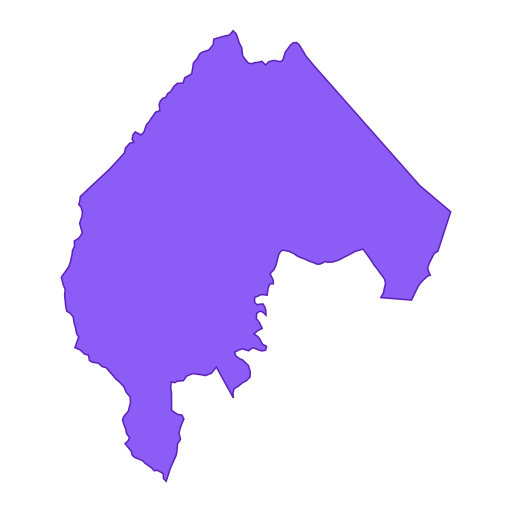 Paranaguá, Paraná, Brazil (Equal Earth projection)
{"feature_id": "56859067B59614170446294", "entity_name": "Paranaguá", "entity_type": "district", "adm_level": 2, "iso_a3": "BRA", "parent_name": "Brazil", "parent_adm1": "Paraná", "projection": "equal_earth", "projection_center": [-48.534, -25.55], "detail": "fine", "context": "isolated", "style": "filled", "palette": "violet", "viewbox_px": 512, "rotation_deg": 0, "n_neighbors": 0, "source": "geoboundaries", "source_scale": "gbopen_adm2", "svg_char_len": 3156}
<svg xmlns="http://www.w3.org/2000/svg" viewBox="0 0 512 512"><path d="M80.3,196.5L79.7,201.3L78.7,204.6L81.0,207.0L82.4,212.2L81.9,216.4L79.6,223.3L82.3,232.8L79.2,237.8L74.3,241.0L74.5,246.2L72.5,250.4L72.1,254.4L71.3,257.8L70.5,261.5L68.8,266.5L66.9,269.5L62.9,274.9L61.3,277.6L62.4,281.4L63.4,285.4L65.2,289.2L64.6,295.2L65.2,301.1L65.8,306.8L66.8,311.2L70.5,313.5L73.2,317.0L74.0,322.3L75.5,327.9L76.6,333.7L78.7,336.9L74.9,347.7L80.3,350.0L84.4,354.0L88.5,355.3L89.4,360.5L92.6,362.3L98.2,363.1L102.2,366.6L106.1,367.6L116.1,379.2L119.5,382.1L124.0,386.9L126.2,392.3L130.1,396.8L130.5,402.5L128.2,411.3L124.2,415.9L122.5,419.6L123.8,424.3L125.5,428.4L126.7,433.9L129.5,437.5L128.2,440.6L125.0,443.6L131.2,451.1L132.2,455.2L134.8,457.5L138.5,458.9L142.5,460.6L145.1,463.3L148.0,465.4L151.1,467.5L154.3,470.8L157.2,470.3L160.6,472.1L163.3,473.8L163.4,478.5L166.2,481.3L170.5,467.9L176.0,455.7L176.9,451.9L177.6,443.8L180.5,439.5L179.0,432.9L180.2,428.4L181.9,423.5L183.9,419.0L182.0,415.1L177.7,414.4L171.6,410.4L171.5,393.0L170.7,387.3L171.3,381.9L174.7,382.7L177.2,381.2L183.3,380.7L186.8,376.0L192.7,373.6L201.8,374.8L205.3,375.6L211.3,373.3L214.0,370.1L216.3,367.0L233.4,398.0L233.0,393.1L234.0,388.8L238.1,386.4L242.6,382.7L246.4,380.7L250.0,377.1L250.3,371.8L248.4,365.5L242.5,359.8L239.8,358.8L236.0,356.1L234.5,352.3L238.3,350.3L242.3,348.8L248.5,350.8L252.8,347.7L258.7,350.0L261.9,350.9L265.6,350.3L266.6,346.4L262.2,343.9L259.9,339.1L257.7,336.4L253.9,334.0L257.1,331.1L262.2,328.4L259.4,322.5L256.3,318.5L256.7,313.3L259.9,311.2L262.8,312.1L266.0,315.2L265.8,310.3L264.8,307.0L263.0,303.9L259.7,304.2L257.0,304.7L254.7,302.5L254.6,297.5L258.6,295.8L261.2,294.6L264.1,294.8L267.1,295.2L268.1,288.2L269.9,283.9L273.4,283.8L273.1,280.0L270.1,273.7L274.1,269.5L276.1,265.0L278.8,254.3L280.8,251.1L283.4,250.2L289.1,251.4L294.1,253.7L297.2,256.0L300.4,257.5L305.4,259.3L309.0,261.1L313.7,262.7L316.3,264.0L319.6,264.2L322.4,263.1L324.8,261.5L327.4,262.2L332.4,262.1L335.6,261.1L339.4,259.8L344.5,257.0L348.2,255.2L355.1,251.4L362.9,249.1L365.4,252.2L370.7,259.8L374.3,265.4L377.0,268.6L380.3,273.3L382.9,276.6L384.7,279.5L385.5,283.7L384.2,288.8L383.6,292.5L380.8,297.6L411.5,300.1L417.8,287.0L419.9,283.8L422.7,280.6L424.9,278.6L427.8,276.0L430.3,275.3L428.6,271.6L427.6,267.5L429.3,263.2L431.2,259.3L433.0,255.8L434.6,253.1L437.9,251.2L450.7,211.8L419.8,185.6L313.3,64.9L305.3,55.2L303.8,52.3L299.0,44.5L296.4,42.5L292.9,42.9L290.4,45.2L285.3,52.1L282.7,60.3L280.2,61.7L274.3,60.4L269.0,61.5L265.6,64.9L261.9,61.3L257.7,62.4L254.6,62.6L251.9,63.7L248.5,63.2L244.8,58.8L242.7,55.9L241.7,47.6L239.3,43.1L237.7,38.1L236.2,33.8L233.1,30.7L229.6,34.9L221.8,36.8L213.8,39.1L213.1,44.7L208.8,50.0L202.7,52.0L199.7,53.8L197.3,58.5L193.4,63.0L192.7,67.8L191.7,73.9L184.8,77.6L183.0,83.1L177.3,83.3L173.7,86.7L170.8,91.5L167.7,93.5L165.7,97.4L162.7,98.3L160.3,101.2L159.1,104.4L159.9,110.6L155.4,112.2L153.3,115.6L150.9,118.7L149.3,121.6L146.8,124.2L145.3,127.8L144.1,131.7L141.3,134.9L135.2,131.9L133.0,134.7L132.1,139.2L133.7,142.4L129.8,143.1L125.5,148.0L124.4,152.9L110.3,168.4L80.3,196.5Z" fill="#8b5cf6" stroke="#5b21b6" stroke-width="1.5"/></svg>